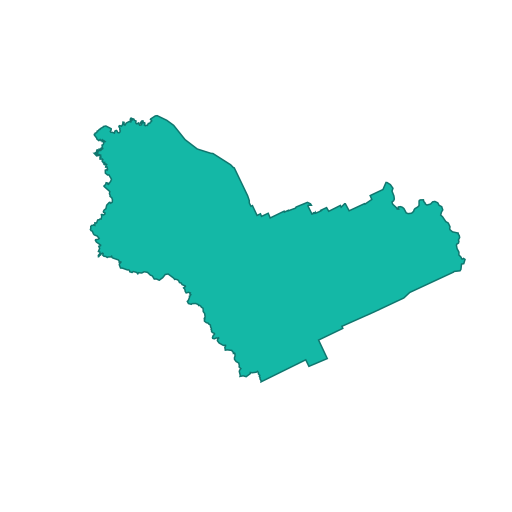 Chascomús, Buenos Aires, Argentina, rotated 202°
{"feature_id": "61730980B62875315745131", "entity_name": "Chascomús", "entity_type": "district", "adm_level": 2, "iso_a3": "ARG", "parent_name": "Argentina", "parent_adm1": "Buenos Aires", "projection": "orthographic", "projection_center": [-57.761, -35.598], "detail": "fine", "context": "isolated", "style": "filled", "palette": "teal", "viewbox_px": 512, "rotation_deg": 202, "n_neighbors": 0, "source": "geoboundaries", "source_scale": "gbopen_adm2", "svg_char_len": 6140}
<svg xmlns="http://www.w3.org/2000/svg" viewBox="0 0 512 512"><g transform="rotate(202 256 256)"><path d="M294.1,189.4L291.3,189.3L290.6,188.6L289.8,189.1L288.1,188.7L287.6,188.1L285.5,187.7L284.1,184.7L282.1,183.5L280.3,180.4L280.6,178.8L279.8,178.5L280.1,177.9L279.4,176.3L277.1,175.6L275.1,175.8L274.3,175.2L272.5,175.0L271.5,173.2L270.2,172.1L270.1,171.0L269.3,170.6L269.1,169.6L268.0,168.8L265.5,168.6L265.2,167.8L265.9,166.3L265.8,164.0L265.3,163.4L263.6,163.6L261.9,165.3L260.7,165.4L260.1,166.1L259.8,165.6L260.4,164.7L260.1,163.0L257.6,161.5L252.8,160.9L250.8,161.8L250.5,161.2L250.7,159.7L249.2,157.2L247.5,158.2L243.1,159.4L241.8,158.4L240.5,158.2L240.4,157.2L239.1,157.7L237.9,155.4L237.9,153.6L237.2,152.1L234.9,150.7L231.9,150.3L230.4,148.1L230.1,146.8L227.8,145.9L228.4,143.9L228.2,142.6L225.8,139.4L225.7,138.4L223.0,140.1L219.9,140.4L217.2,144.9L217.6,145.9L215.8,146.3L212.3,148.3L211.4,149.6L210.1,148.7L209.6,147.6L207.8,146.8L207.9,145.7L206.4,144.5L206.3,143.6L204.5,142.2L204.2,141.2L171.0,178.4L165.6,173.5L151.5,187.6L166.5,201.5L148.4,221.4L150.0,223.0L125.6,248.3L103.2,272.5L99.8,279.8L66.9,315.0L66.5,315.9L61.3,318.7L61.0,320.4L62.4,325.5L60.5,326.7L60.9,331.1L62.7,331.5L63.2,330.6L64.1,330.4L65.6,331.8L68.3,333.0L69.3,335.6L72.3,338.1L74.2,341.0L74.3,342.2L73.1,343.8L73.4,345.7L74.3,346.6L74.1,349.4L75.2,351.1L76.7,352.1L77.1,353.0L82.9,352.0L85.9,353.0L86.6,353.7L87.1,355.8L90.1,358.6L92.9,359.0L97.8,362.3L100.1,363.1L100.5,366.3L100.1,368.7L102.3,371.3L105.3,371.6L107.4,373.4L110.6,373.6L112.5,372.4L113.6,369.6L116.6,367.3L118.3,367.6L119.4,368.7L120.8,369.3L121.8,370.8L124.4,369.7L125.3,368.9L125.4,368.1L123.7,363.8L124.5,361.9L126.3,359.6L126.7,358.4L126.6,356.4L127.8,353.9L130.8,352.3L132.8,352.2L136.6,355.4L138.5,356.0L140.5,355.9L142.4,354.8L142.3,354.0L141.3,352.9L142.7,352.4L143.7,353.3L148.6,355.2L149.8,356.5L150.1,357.2L149.1,358.7L149.1,360.6L150.6,363.3L154.2,367.1L154.4,370.1L158.1,372.5L161.9,373.2L163.0,372.9L163.2,365.2L172.8,354.8L169.8,351.8L174.4,344.9L175.0,345.2L186.6,332.8L192.7,337.9L193.4,337.7L195.3,333.1L196.7,334.5L205.3,324.7L208.7,327.3L212.9,322.8L212.4,322.6L214.1,320.6L217.0,317.8L217.4,318.5L217.5,318.0L218.4,318.0L218.9,317.6L218.5,317.1L219.8,315.8L226.6,321.8L226.6,322.6L223.7,323.8L225.0,324.8L228.4,325.0L237.2,316.4L237.3,315.2L243.0,310.0L243.2,310.4L246.1,307.4L246.7,308.1L257.1,296.6L260.7,300.2L265.7,294.8L267.7,296.8L270.2,294.0L278.2,301.4L279.3,300.2L282.1,302.7L283.0,304.9L286.3,308.7L309.2,329.6L310.1,329.5L313.7,331.1L334.3,334.9L336.3,334.3L350.5,333.2L365.3,337.3L381.3,346.3L389.6,348.4L400.2,349.1L401.9,348.1L405.0,343.6L405.0,343.0L403.5,342.5L403.3,341.6L404.1,340.5L404.2,339.2L405.5,338.6L405.6,336.4L406.9,336.0L407.4,335.3L408.5,335.5L408.6,337.0L409.2,337.9L411.5,336.6L411.9,336.8L410.9,338.1L411.3,338.9L412.3,338.6L413.2,336.1L412.9,335.7L411.7,335.9L411.2,334.8L412.9,333.7L414.9,335.3L415.9,333.9L416.6,333.9L417.4,334.5L417.8,336.2L419.5,336.2L420.6,337.2L421.4,337.1L421.7,335.6L422.3,335.3L422.4,337.0L423.5,337.1L423.8,336.3L423.6,335.0L422.3,334.1L422.3,333.4L423.9,333.2L426.1,330.7L426.5,328.2L427.5,328.3L428.4,330.5L429.5,330.3L428.9,328.3L429.3,325.9L431.1,325.9L431.6,325.4L431.6,324.6L429.9,323.2L429.6,322.0L428.7,321.2L428.6,320.0L429.1,318.9L430.5,318.7L431.7,319.9L432.6,320.1L433.6,319.0L433.3,316.9L435.3,316.9L437.0,316.3L437.8,316.9L437.5,318.6L438.0,319.8L443.9,320.3L446.0,318.9L445.9,318.4L447.8,316.1L448.0,315.0L448.6,314.9L449.4,312.7L450.0,312.4L449.9,310.8L451.2,309.5L451.0,308.8L451.5,308.2L451.2,307.6L448.0,305.7L447.3,304.8L444.9,304.1L444.2,305.6L442.8,304.8L442.1,306.0L441.4,304.7L440.5,306.1L438.8,305.5L440.0,304.4L439.4,303.2L439.4,302.0L440.3,301.1L439.6,300.2L439.5,299.0L438.4,298.5L438.4,297.9L440.1,297.7L440.1,297.3L439.2,296.7L439.5,295.6L440.2,295.6L440.6,296.5L441.4,296.4L440.8,295.0L441.4,294.3L441.9,294.3L442.3,295.1L443.1,294.9L443.1,294.2L441.9,294.0L441.5,292.9L443.0,293.2L442.8,292.0L443.6,291.6L443.1,290.9L444.3,290.5L441.3,289.1L440.7,289.8L441.9,290.2L441.6,291.4L440.9,291.3L440.0,289.9L439.7,290.2L440.0,290.7L439.4,291.3L437.9,291.3L438.4,289.7L437.7,290.6L437.3,290.4L436.8,289.3L437.5,288.7L436.9,287.4L434.7,288.4L434.0,287.8L434.4,287.2L434.1,286.2L432.9,285.6L431.8,285.9L432.2,285.2L431.3,285.0L431.4,284.2L430.8,283.9L429.8,285.1L428.7,284.9L429.0,283.7L428.7,282.1L427.4,282.7L426.0,280.6L426.2,279.8L426.9,280.1L427.9,279.1L426.7,276.4L423.9,275.5L422.8,276.1L418.8,273.1L418.7,270.9L419.6,267.1L420.3,267.1L420.7,268.1L422.4,267.8L422.2,266.0L423.2,264.0L423.0,263.6L415.7,261.0L415.2,258.8L413.9,257.6L413.7,256.6L411.6,256.0L410.2,254.4L409.4,252.0L410.6,250.4L411.6,251.1L412.2,250.5L413.5,247.2L412.9,243.6L414.0,241.8L414.2,240.2L413.7,239.4L412.2,239.4L411.8,238.3L412.7,236.9L414.4,236.9L414.9,236.5L413.9,234.9L413.4,232.3L414.5,231.9L414.9,231.0L416.3,230.1L416.2,226.9L417.8,226.4L416.9,224.0L418.3,224.0L418.6,223.3L419.8,222.8L420.3,221.5L419.5,219.6L419.5,218.5L418.4,217.7L417.1,217.7L415.0,215.6L413.8,215.0L410.7,215.0L408.0,213.5L408.6,212.3L410.8,211.1L410.8,210.4L409.3,209.2L404.1,207.9L404.0,207.3L405.4,206.1L403.8,204.5L403.8,201.1L402.2,201.2L401.6,200.0L402.4,197.5L401.8,196.3L401.5,196.5L401.3,197.9L400.5,198.7L400.3,200.2L399.3,201.2L398.5,200.8L398.4,199.4L396.9,198.8L394.9,199.3L393.4,198.9L392.6,199.8L390.4,200.7L389.8,201.7L389.0,200.7L387.9,200.5L382.1,200.8L380.9,199.9L380.6,199.1L379.2,199.9L378.9,199.3L379.7,197.7L379.5,196.7L377.1,194.1L375.3,194.7L370.1,194.9L368.8,195.5L367.7,195.0L367.2,194.1L364.7,194.3L364.1,195.6L361.5,196.0L360.4,196.0L358.9,195.2L358.7,196.5L355.5,197.5L353.8,199.5L350.5,200.2L346.8,198.7L344.7,198.7L341.7,196.5L339.7,197.4L336.6,197.3L334.4,200.9L333.2,204.9L330.7,206.4L324.2,204.7L322.6,203.8L322.1,204.3L319.8,204.6L318.2,203.9L317.0,202.7L315.2,202.9L313.8,201.8L310.3,201.7L310.0,201.2L311.2,199.3L309.5,198.5L308.4,196.7L306.9,195.6L305.1,197.0L303.1,197.2L303.1,196.0L302.0,195.9L302.0,195.4L302.1,194.4L302.7,193.9L302.1,192.5L302.2,189.2L302.7,188.2L300.8,186.6L297.9,187.0L297.6,187.8L294.1,189.4Z" fill="#14b8a6" stroke="#0f766e" stroke-width="1.5"/></g></svg>